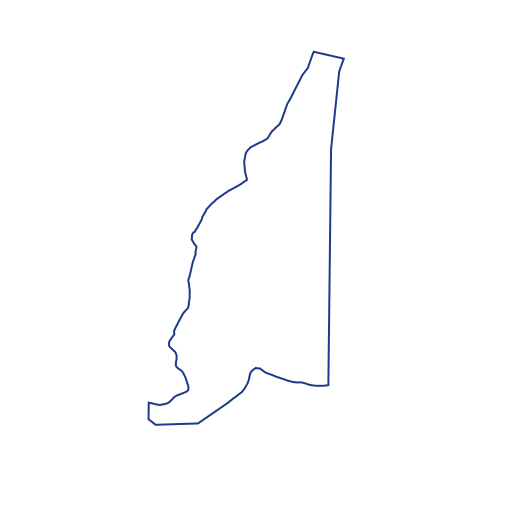 outline of Bagatelle, Castries, Saint Lucia, rotated 240°
{"feature_id": "8701671B55457269732014", "entity_name": "Bagatelle", "entity_type": "district", "adm_level": 2, "iso_a3": "LCA", "parent_name": "Saint Lucia", "parent_adm1": "Castries", "projection": "mercator", "projection_center": [-60.981, 13.998], "detail": "fine", "context": "isolated", "style": "outline", "palette": "blue", "viewbox_px": 512, "rotation_deg": 240, "n_neighbors": 0, "source": "geoboundaries", "source_scale": "gbopen_adm2", "svg_char_len": 3755}
<svg xmlns="http://www.w3.org/2000/svg" viewBox="0 0 512 512"><g transform="rotate(240 256 256)"><path d="M374.3,363.3L374.1,362.9L373.9,362.5L373.3,361.3L372.8,360.4L371.9,358.9L371.2,358.1L370.6,357.5L369.3,355.8L367.7,354.0L367.1,353.4L366.3,352.6L365.5,351.5L365.2,351.0L364.3,350.1L364.1,349.8L362.3,347.8L361.1,346.3L359.6,344.2L358.4,342.4L357.9,340.4L357.7,339.2L357.5,338.5L357.3,337.2L357.1,336.6L356.6,335.2L356.0,332.0L355.6,331.4L355.2,330.5L354.4,328.9L353.4,327.4L352.0,324.4L352.0,322.7L352.0,321.1L352.0,320.3L352.0,319.8L351.9,318.9L352.3,316.8L352.4,316.0L352.4,314.5L352.6,312.4L352.6,310.4L352.8,307.4L352.8,306.4L352.8,305.5L352.5,304.5L352.3,303.9L352.1,303.1L351.8,301.8L350.4,299.0L349.7,298.1L348.1,296.8L346.7,295.6L344.6,293.7L343.0,292.6L341.5,291.9L337.2,289.9L335.5,289.2L333.5,288.3L333.1,288.2L331.3,287.7L330.3,287.4L328.8,287.0L327.3,286.6L326.4,286.1L326.3,285.2L326.3,283.7L326.2,282.7L326.0,280.2L325.8,278.6L325.8,278.0L325.8,276.7L325.8,275.6L325.8,274.7L325.9,272.0L325.9,270.3L326.0,268.4L326.0,267.3L326.1,266.3L326.1,263.9L325.9,262.6L325.8,261.7L325.8,259.6L325.6,258.4L325.5,257.9L325.4,255.4L325.3,254.6L325.2,253.5L325.1,252.5L325.0,251.3L324.8,250.2L324.8,249.6L324.2,247.5L323.9,246.4L323.7,245.1L323.5,244.2L323.2,242.9L322.8,241.6L322.6,241.0L321.9,238.8L321.7,238.2L321.4,236.7L321.1,236.4L319.1,233.5L316.8,229.3L315.2,227.7L314.7,227.2L314.4,226.7L311.9,222.6L310.1,219.7L309.8,219.3L309.6,218.9L308.7,216.7L308.1,216.0L307.6,215.4L307.6,214.3L307.7,213.5L307.5,213.2L306.6,211.5L302.5,208.6L298.2,208.6L293.8,209.1L291.5,207.2L291.2,206.9L289.6,205.5L288.9,205.2L287.9,204.9L287.6,204.5L286.5,203.0L284.1,200.4L283.3,199.4L282.1,198.0L281.5,197.5L280.6,196.7L279.4,195.5L279.0,195.1L278.6,194.7L277.4,193.7L276.5,192.9L275.9,192.3L274.3,190.8L273.9,190.5L273.0,189.6L271.2,187.8L269.8,186.2L268.4,184.9L266.8,184.5L264.3,183.5L262.3,182.5L261.5,182.3L260.3,181.9L258.5,181.0L256.3,179.6L255.1,178.9L254.7,178.6L254.1,178.3L252.9,177.6L252.5,177.3L251.3,176.3L249.4,174.7L248.5,174.2L247.8,173.8L246.4,172.5L244.8,170.8L244.3,168.8L243.6,166.8L243.4,166.1L243.2,165.6L243.1,165.1L242.1,163.1L240.6,160.8L239.9,159.5L239.3,158.6L238.7,157.7L237.8,156.1L236.8,154.7L236.0,153.4L235.2,152.2L234.2,150.5L233.5,149.6L233.1,149.1L232.7,148.5L232.0,147.5L229.6,146.4L228.9,146.0L228.1,144.1L225.6,138.6L224.2,137.2L223.2,136.6L222.5,136.2L221.6,136.0L221.0,135.8L220.2,136.0L217.7,136.6L216.0,137.2L213.3,138.1L209.5,137.5L206.8,135.9L204.0,133.6L201.7,132.0L201.0,131.9L200.0,131.7L199.0,131.9L197.7,132.3L196.6,132.8L196.1,133.1L194.4,133.8L192.9,134.3L192.2,134.4L191.5,134.4L189.4,134.4L187.2,134.2L185.5,134.1L180.2,132.9L179.3,132.7L178.0,132.5L176.2,131.9L174.7,131.1L173.8,130.1L173.6,129.6L173.3,128.5L173.3,127.2L173.6,125.3L173.8,123.6L174.3,120.8L174.8,117.0L174.7,114.8L174.4,113.7L173.7,111.4L173.3,110.0L172.9,108.7L172.8,107.2L172.7,106.0L172.9,104.9L173.2,103.7L174.8,98.8L175.1,98.2L175.8,97.3L177.1,95.8L177.5,95.2L178.5,94.3L179.3,93.4L180.8,91.8L182.6,89.8L168.4,81.3L160.0,84.7L140.0,122.0L143.0,159.5L143.3,160.1L143.5,162.0L144.0,165.3L144.4,169.7L144.7,170.9L145.2,175.5L146.5,179.0L147.4,180.6L149.2,183.8L150.4,185.6L152.2,187.7L155.1,190.3L156.8,191.8L158.2,193.9L158.9,196.8L159.2,200.0L157.8,201.2L157.2,202.6L156.1,203.4L153.6,204.5L150.9,205.6L148.7,207.2L146.5,209.1L144.1,211.1L141.1,213.3L139.1,215.2L137.1,216.9L134.5,219.3L132.8,220.6L130.7,222.7L128.4,225.0L126.2,227.9L124.4,231.2L123.5,232.5L121.4,234.7L118.3,237.3L117.0,238.7L115.3,240.8L113.6,243.1L111.8,246.1L110.2,248.9L108.4,252.8L108.0,254.1L310.8,374.3L374.3,420.4L383.0,430.7L404.0,408.1L401.9,405.3L392.9,394.9L389.6,386.8L379.3,370.9L374.3,363.3Z" fill="none" stroke="#1e3a8a" stroke-width="2"/></g></svg>